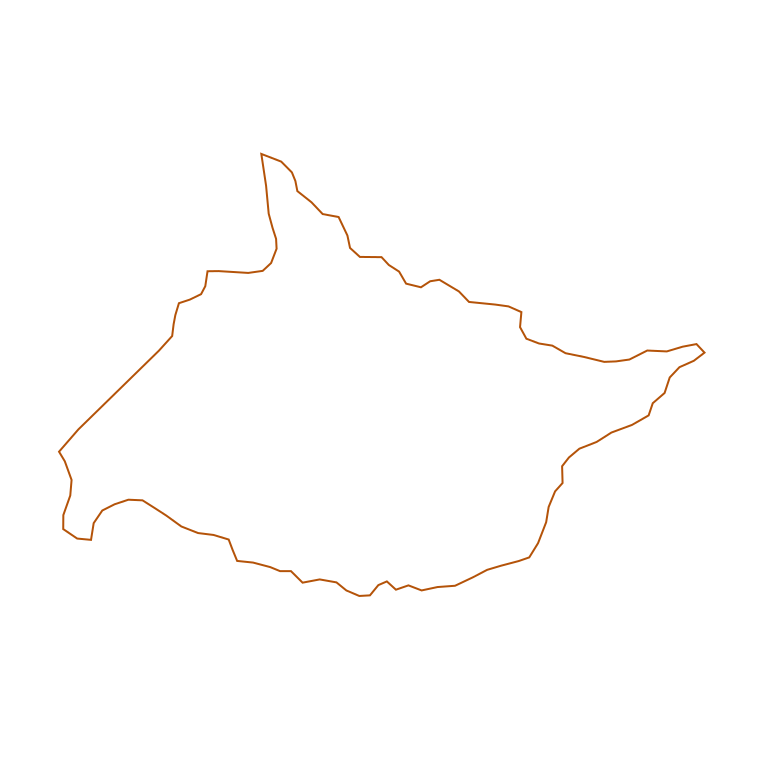 Santa Rosa de Goiás, Goiás, Brazil, rotated 277°
{"feature_id": "56859067B49023245121692", "entity_name": "Santa Rosa de Goiás", "entity_type": "district", "adm_level": 2, "iso_a3": "BRA", "parent_name": "Brazil", "parent_adm1": "Goiás", "projection": "albers", "projection_center": [-49.481, -16.071], "detail": "fine", "context": "isolated", "style": "outline", "palette": "amber", "viewbox_px": 768, "rotation_deg": 277, "n_neighbors": 0, "source": "geoboundaries", "source_scale": "gbopen_adm2", "svg_char_len": 1562}
<svg xmlns="http://www.w3.org/2000/svg" viewBox="0 0 768 768"><g transform="rotate(277 384 384)"><path d="M461.7,689.3L457.4,675.8L450.8,660.7L449.3,641.2L438.2,624.6L434.7,611.5L432.8,599.9L435.2,579.4L436.7,560.4L442.6,546.4L443.1,532.9L446.3,519.8L457.0,512.1L472.1,511.6L476.2,498.1L476.4,484.6L475.8,458.4L485.0,447.1L494.2,426.3L491.6,417.3L484.5,408.9L486.3,393.7L497.4,385.3L502.7,374.3L509.6,366.1L507.2,344.6L514.9,333.7L526.9,329.6L544.2,318.6L545.2,302.4L555.5,289.9L564.9,274.5L574.7,271.3L582.8,266.8L592.2,254.9L597.4,234.2L566.4,242.8L539.0,248.8L525.5,254.3L514.9,259.2L505.2,260.9L490.3,257.2L481.5,249.8L477.7,235.7L475.9,206.0L474.4,195.1L459.3,194.7L450.9,191.5L444.1,181.0L439.2,170.6L427.0,168.5L417.6,167.9L405.8,167.9L389.6,156.5L301.7,86.2L277.2,69.7L268.4,76.6L250.7,85.6L235.1,86.2L214.8,81.7L200.9,83.3L193.2,98.3L193.6,112.2L210.5,112.8L224.1,119.8L231.8,131.3L238.0,144.4L239.1,158.5L232.7,172.0L226.9,183.9L217.9,200.2L213.4,217.6L213.4,233.2L210.7,248.8L201.0,253.9L190.5,259.8L190.8,275.8L188.4,293.4L185.6,303.6L186.9,314.5L176.9,327.4L182.2,344.0L181.3,361.0L174.5,371.8L170.6,385.3L172.5,395.8L183.7,402.9L188.4,410.9L181.3,420.9L187.1,432.8L183.7,446.5L189.0,461.9L192.4,479.1L202.9,495.7L212.1,509.0L217.9,522.3L224.7,539.3L229.6,549.3L244.8,556.3L266.6,561.8L282.0,562.4L298.3,566.9L307.5,573.3L324.1,570.8L333.6,576.5L343.6,585.8L352.4,602.1L363.5,615.6L373.6,635.1L385.1,650.5L397.7,653.1L409.3,663.6L425.3,666.8L436.7,675.2L444.8,688.7L454.2,698.3L461.7,689.3Z" fill="none" stroke="#b45309" stroke-width="2"/></g></svg>